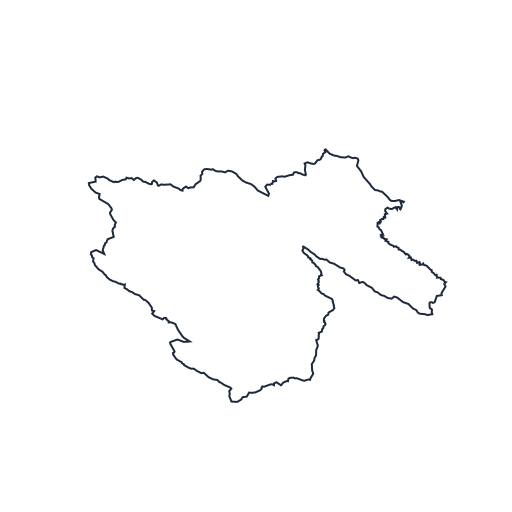 outline of Pacho, Cundinamarca, Colombia, rotated 122°
{"feature_id": "7082276B92865884587662", "entity_name": "Pacho", "entity_type": "district", "adm_level": 2, "iso_a3": "COL", "parent_name": "Colombia", "parent_adm1": "Cundinamarca", "projection": "equal_earth", "projection_center": [-74.189, 5.166], "detail": "fine", "context": "isolated", "style": "outline", "palette": "slate", "viewbox_px": 512, "rotation_deg": 122, "n_neighbors": 0, "source": "geoboundaries", "source_scale": "gbopen_adm2", "svg_char_len": 6117}
<svg xmlns="http://www.w3.org/2000/svg" viewBox="0 0 512 512"><g transform="rotate(122 256 256)"><path d="M290.3,160.8L288.7,161.1L287.9,162.1L285.1,160.1L283.0,161.1L281.7,160.7L280.0,161.4L277.4,160.8L276.3,161.5L275.8,163.5L274.9,163.5L274.8,164.2L273.0,165.2L269.6,164.9L267.6,163.7L265.5,164.5L261.1,162.1L258.7,161.9L257.2,163.7L256.7,163.6L253.8,167.0L253.2,167.1L252.2,168.9L253.0,176.4L252.5,178.5L253.0,180.6L251.9,184.5L252.0,185.7L250.1,185.6L249.5,186.9L248.4,187.8L247.4,187.5L247.4,188.9L245.0,188.8L244.4,189.7L243.6,189.8L243.0,191.0L241.5,190.7L239.9,191.8L237.4,190.0L237.0,191.1L236.1,191.3L234.5,193.0L232.6,198.0L232.9,199.8L232.1,200.6L231.3,203.1L231.6,204.8L230.1,206.0L230.1,208.2L229.2,208.3L229.1,209.9L229.6,210.9L228.4,212.3L228.1,216.7L227.4,218.6L226.7,219.6L224.0,219.7L222.9,221.7L222.9,215.1L223.6,211.8L223.6,207.3L224.3,204.7L224.5,199.9L223.5,198.9L222.9,196.1L221.7,194.4L222.4,189.9L221.2,185.8L221.2,178.7L220.2,175.2L220.9,173.4L222.6,173.3L223.8,170.0L223.3,166.6L223.9,158.5L222.4,156.8L224.2,154.1L221.9,152.3L221.3,151.1L221.6,147.9L222.1,147.3L221.6,140.9L223.1,136.6L222.4,133.5L222.9,129.4L221.9,126.1L221.8,122.0L220.3,118.4L217.2,117.3L216.4,114.1L217.2,107.0L215.9,101.2L217.3,95.6L217.0,91.2L218.2,88.9L218.2,86.6L215.7,81.6L215.3,79.4L211.9,75.6L210.3,77.4L208.5,78.1L207.9,79.1L208.2,80.1L207.7,81.4L204.1,83.9L202.8,83.7L202.0,82.1L202.0,81.1L200.6,80.0L194.1,81.5L190.8,77.7L189.3,79.0L181.4,79.1L180.0,81.5L177.6,81.1L178.0,82.3L177.0,84.1L177.6,86.9L177.0,87.2L176.7,88.1L178.4,91.0L177.7,91.1L177.5,92.0L176.3,92.8L177.0,93.3L177.1,94.3L176.4,96.3L176.3,98.6L174.9,99.5L175.1,100.8L173.8,106.3L174.6,108.7L173.8,110.2L174.9,110.3L176.8,112.5L176.4,113.1L175.4,112.9L174.5,114.2L176.5,115.8L175.0,117.5L176.0,118.7L175.9,121.1L177.0,122.0L175.2,124.0L176.5,125.5L174.9,125.6L174.4,126.5L174.2,128.6L175.1,129.5L174.6,130.0L175.1,130.9L174.2,132.6L174.4,135.9L174.1,136.7L174.9,138.4L173.6,139.3L173.9,141.3L173.5,142.3L175.1,144.0L174.6,144.6L175.2,148.7L174.9,150.7L173.8,151.3L174.6,154.2L174.1,154.6L172.7,154.2L173.5,156.3L172.7,158.0L173.5,158.3L173.7,159.2L172.8,159.1L172.8,160.5L172.0,160.2L171.7,161.0L170.6,159.4L167.8,163.7L167.9,165.3L166.6,167.4L166.7,168.6L163.5,170.4L163.1,168.8L162.2,169.5L161.9,168.6L161.3,169.2L160.6,168.4L159.7,169.7L157.9,168.8L157.3,167.6L156.6,168.1L155.8,167.5L155.1,168.1L154.7,166.9L152.3,168.9L150.6,167.3L149.4,170.4L147.7,171.1L145.3,170.1L145.2,168.1L144.3,165.8L140.7,163.7L141.7,161.1L139.8,162.1L138.9,161.2L138.7,160.1L139.9,158.9L139.9,158.2L136.1,158.9L133.6,162.1L132.7,161.4L132.4,159.4L131.6,159.4L132.8,164.5L135.7,167.2L137.5,170.3L137.5,172.3L136.2,175.5L134.7,183.0L135.5,185.1L135.7,187.2L137.0,190.1L135.8,195.0L134.6,197.5L131.9,206.6L128.5,211.7L126.2,218.1L120.6,219.9L119.6,221.1L119.8,222.9L120.6,224.7L121.5,225.3L122.2,227.5L122.5,230.5L125.2,232.5L127.4,236.6L128.4,240.9L129.3,242.4L130.2,247.8L128.5,254.3L129.2,253.5L130.1,253.9L131.1,252.2L133.8,253.3L136.1,252.4L137.2,252.9L139.0,252.4L140.6,252.9L142.2,254.6L146.4,255.0L147.4,256.0L148.4,258.3L149.3,262.0L151.8,263.8L153.0,262.1L157.0,260.2L160.6,256.8L161.4,256.9L162.4,260.3L162.4,262.4L163.3,263.9L163.2,265.3L164.2,267.3L165.3,268.1L167.6,267.8L169.6,270.3L173.7,273.8L174.5,275.9L177.6,279.8L180.0,280.6L181.6,278.7L182.9,279.7L183.4,281.3L186.1,280.4L186.7,281.4L188.2,281.8L189.5,284.4L192.4,284.8L196.2,278.1L198.5,277.5L199.5,289.1L197.9,294.5L197.7,298.5L199.0,303.6L199.2,307.4L198.0,313.4L196.8,316.3L197.0,321.2L198.4,324.8L201.5,326.6L202.4,329.7L204.9,333.9L205.4,336.3L205.2,338.5L206.3,339.4L208.4,344.1L210.1,345.9L213.2,346.4L214.8,345.0L217.2,345.6L220.6,343.3L222.1,343.1L227.2,345.3L230.8,345.3L232.8,348.2L234.4,349.3L234.2,352.2L237.2,353.5L238.5,353.6L239.5,353.0L240.1,354.8L239.8,357.3L240.9,363.0L240.5,366.4L244.6,372.1L245.4,374.2L248.1,375.8L248.1,376.6L246.2,379.1L246.0,382.7L248.4,383.3L250.2,382.5L250.7,382.8L251.5,385.2L251.8,389.1L252.7,391.0L252.1,394.3L252.4,397.9L253.5,399.0L256.3,399.9L255.8,402.6L257.5,404.7L258.2,407.3L260.0,407.1L262.5,409.8L265.6,411.6L267.4,413.7L267.4,414.7L268.7,415.6L269.4,420.9L268.9,422.4L269.6,427.6L272.2,430.3L272.7,433.1L274.7,433.8L277.9,431.4L282.7,436.4L284.4,435.0L286.3,431.0L287.2,425.6L286.3,421.4L289.0,420.5L290.6,419.2L290.3,408.7L292.1,403.9L293.2,402.7L296.6,402.8L297.9,401.6L301.0,395.9L301.8,392.6L304.7,392.2L305.9,391.1L308.5,391.8L310.6,391.2L315.2,386.8L320.4,390.7L323.9,390.0L325.4,390.8L326.9,390.0L327.8,390.4L332.4,389.0L334.7,385.8L335.7,394.8L340.1,397.8L342.1,396.9L342.6,395.3L343.8,394.4L344.0,392.6L347.0,391.2L347.8,389.1L349.0,387.9L350.7,382.5L350.7,377.9L351.9,374.5L351.9,373.2L352.9,371.5L353.5,367.7L353.1,363.7L352.3,361.4L352.1,357.7L351.2,356.3L351.5,355.3L350.8,354.4L350.5,352.5L349.8,352.1L352.8,350.7L352.6,347.6L353.0,344.8L352.3,342.4L352.4,338.3L351.2,334.4L352.6,328.1L352.1,327.2L352.1,325.8L352.7,322.1L355.0,317.0L357.3,315.4L356.7,313.2L359.9,313.5L360.6,310.3L359.2,301.6L357.4,301.2L356.2,299.7L356.4,298.9L357.2,298.5L357.6,295.3L358.6,294.8L357.3,293.1L356.4,288.4L359.9,283.1L363.0,276.0L363.6,273.7L363.6,266.9L367.1,271.7L368.5,278.4L374.2,282.9L375.0,283.0L376.0,281.9L380.1,274.5L381.0,274.3L382.3,275.0L383.5,274.0L384.7,271.3L385.8,268.4L385.5,262.9L386.2,261.7L386.0,259.7L386.6,259.3L386.5,254.6L386.0,251.5L384.5,248.9L384.8,245.2L384.3,240.2L382.7,238.4L383.9,231.9L383.3,226.9L381.6,223.0L382.4,220.1L382.0,219.0L382.2,214.6L381.2,208.0L381.6,206.6L384.8,207.1L386.8,205.2L389.1,204.3L392.4,199.7L390.2,195.4L388.9,194.1L385.5,192.5L382.8,192.5L380.1,189.3L375.5,189.5L374.2,186.9L371.9,184.2L367.6,181.3L365.3,180.9L364.3,181.7L363.2,181.5L362.6,179.9L357.0,175.5L356.2,174.1L356.0,172.3L354.6,173.2L352.2,171.7L352.4,166.3L348.7,165.7L345.6,163.5L345.2,162.5L342.7,163.5L341.2,162.5L339.3,159.7L339.2,158.2L338.1,156.9L336.6,149.8L335.9,148.6L333.1,146.3L332.3,144.5L330.9,145.0L325.5,145.1L323.2,147.8L318.1,151.4L313.6,151.3L311.6,152.3L308.5,152.4L304.1,155.0L299.3,156.0L295.4,160.4L293.5,159.0L291.2,159.9L290.3,160.8Z" fill="none" stroke="#1e293b" stroke-width="2"/></g></svg>